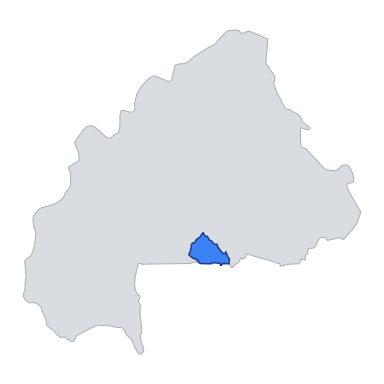 Burkina Faso, with Nahouri highlighted
{"feature_id": "BFA-2830", "entity_name": "Nahouri", "entity_type": "Province", "adm_level": 1, "iso_a3": "BFA", "parent_name": "Burkina Faso", "parent_adm1": "", "projection": "equal_earth", "projection_center": [-1.167, 11.251], "detail": "fine", "context": "in_parent", "style": "filled", "palette": "blue", "viewbox_px": 384, "rotation_deg": 0, "n_neighbors": 0, "source": "natural_earth", "source_scale": "10m", "svg_char_len": 4186}
<svg xmlns="http://www.w3.org/2000/svg" viewBox="0 0 384 384"><path d="M297.6,263.8L286.6,264.4L282.6,266.0L280.2,266.0L280.1,264.7L279.8,263.9L265.9,259.4L256.2,256.8L246.3,253.8L245.8,256.6L244.4,258.3L242.2,258.5L240.8,258.0L239.8,260.2L238.1,263.0L235.9,264.3L233.6,266.1L232.4,267.6L231.4,267.6L229.2,264.0L226.2,263.7L220.6,264.3L218.1,263.3L214.6,262.8L206.5,263.6L193.5,262.1L191.4,262.9L190.8,263.5L178.0,263.7L163.8,263.9L152.0,264.0L141.6,264.2L141.6,263.6L138.3,263.5L137.9,264.7L134.9,279.0L134.6,286.8L136.1,291.7L137.9,294.8L139.9,296.0L140.0,297.8L138.5,300.0L138.6,302.4L140.4,304.7L140.9,307.2L139.9,309.9L140.2,316.2L141.5,326.1L141.6,332.6L140.2,335.6L140.9,340.6L143.4,347.8L143.8,350.8L142.9,352.2L140.8,354.1L138.7,354.0L136.2,349.7L135.1,347.8L133.1,343.4L131.3,339.0L129.0,337.0L126.7,335.2L124.0,329.6L121.3,327.0L118.5,327.7L114.3,326.7L106.0,325.3L97.0,325.7L93.3,327.0L89.6,329.0L80.3,333.5L76.6,335.7L73.8,341.4L70.7,341.2L67.5,339.4L65.5,336.9L61.3,337.4L57.2,335.0L53.2,330.1L50.3,328.5L46.6,325.0L45.6,318.3L43.2,313.6L41.1,307.0L37.9,304.1L34.2,302.5L29.0,302.9L25.7,300.2L23.0,296.4L23.8,293.1L25.0,288.4L25.1,283.9L26.0,276.5L25.5,267.4L24.6,261.0L27.5,258.3L30.8,255.9L32.8,251.6L35.0,241.8L35.9,233.4L35.3,230.3L34.2,227.8L33.4,224.1L32.9,219.7L33.5,215.8L36.0,212.3L39.1,209.3L41.3,207.8L47.2,206.3L54.5,204.1L58.7,201.6L61.8,199.1L63.5,197.1L65.3,193.0L68.1,189.8L70.3,186.6L70.6,177.7L70.6,172.6L69.0,169.8L68.2,167.4L79.0,160.4L79.1,155.5L77.6,150.0L75.5,145.6L74.7,141.8L77.7,137.3L80.4,134.0L82.4,131.1L86.6,126.7L91.0,125.6L95.0,127.2L106.8,137.5L108.8,138.2L111.3,137.4L114.4,134.7L118.5,132.6L120.0,125.7L119.9,115.6L120.8,111.0L122.9,110.1L129.7,112.1L131.5,112.2L133.5,111.5L134.9,109.7L134.8,106.5L134.5,103.6L136.8,94.2L140.8,87.2L149.0,78.4L151.6,76.7L154.5,75.8L169.1,81.8L171.5,80.3L175.1,65.3L179.0,63.9L183.8,63.7L186.9,62.4L188.5,61.3L195.4,55.7L207.7,47.9L214.3,44.6L215.6,43.4L220.3,37.9L226.5,31.6L230.5,30.4L236.0,29.9L239.5,30.9L240.4,32.7L241.6,33.6L248.8,31.0L259.1,35.2L268.0,39.4L267.4,42.0L267.4,46.7L266.6,54.1L265.8,63.0L269.5,68.8L273.9,75.0L275.1,77.4L273.9,83.5L274.7,87.1L277.1,93.0L281.1,100.6L285.2,108.4L288.0,109.4L290.7,110.0L292.3,111.4L294.7,112.8L297.1,113.7L299.2,115.4L300.5,117.0L302.2,121.8L306.8,125.0L310.0,128.2L308.7,129.8L304.7,129.1L301.0,127.7L300.5,130.1L300.4,138.9L301.0,146.2L301.9,147.2L305.6,148.6L314.7,158.1L322.9,167.2L325.7,169.5L330.2,170.4L335.2,170.8L337.4,170.0L342.3,165.4L344.9,164.9L347.3,165.0L348.6,165.7L351.0,169.5L353.2,175.1L353.9,179.2L353.7,181.5L352.9,182.3L348.9,183.4L347.2,184.2L346.7,185.4L347.4,188.2L348.2,190.0L352.6,198.1L359.0,209.1L361.0,211.9L359.9,215.1L356.7,223.7L354.3,227.2L343.6,239.4L338.4,237.9L327.4,240.4L325.7,237.6L323.2,237.2L320.0,237.7L318.8,238.8L318.5,240.0L317.4,241.6L315.4,246.4L313.8,247.7L311.8,248.4L309.4,248.3L308.0,248.9L308.0,251.3L307.6,253.4L306.0,254.4L305.3,256.7L305.5,259.0L304.5,260.1L302.4,259.5L301.2,258.9L300.1,261.8L298.6,263.8L297.6,263.8Z" fill="#d9dde1" stroke="#a8b0b8" stroke-width="1"/><path d="M211.8,263.7L206.7,263.7L201.2,263.6L200.2,263.3L198.8,262.6L198.8,261.8L198.3,260.7L197.4,260.9L196.7,260.4L196.6,259.5L196.4,258.9L194.8,259.0L192.9,258.1L192.3,257.7L191.8,257.4L191.1,256.8L190.2,255.9L189.2,255.3L188.9,254.2L189.6,252.7L190.2,251.7L190.4,250.2L190.8,248.7L191.3,247.8L191.3,245.5L191.3,244.9L192.2,243.3L192.9,242.9L193.6,243.1L194.5,242.6L196.4,239.7L197.5,238.6L198.5,238.1L199.4,237.5L200.1,236.9L200.6,236.1L201.4,234.8L203.0,232.7L203.5,233.0L204.3,234.5L204.7,236.0L205.9,236.4L207.3,236.3L208.2,237.8L208.9,239.5L209.7,240.2L211.1,240.6L212.1,241.5L213.6,243.8L214.6,244.5L215.8,244.0L217.1,244.4L217.6,245.6L217.6,247.2L218.2,247.6L219.1,248.4L219.8,250.0L220.5,250.6L221.6,252.2L224.2,253.8L225.3,253.2L225.9,252.1L226.4,253.5L227.4,255.6L227.9,257.0L228.6,258.0L229.4,258.9L229.6,260.0L229.4,260.9L229.0,261.9L229.1,263.7L224.2,263.6L224.0,263.2L223.8,263.1L223.5,263.2L223.3,263.6L222.4,263.8L221.4,265.2L220.7,265.3L221.0,264.6L220.5,264.6L220.3,264.4L220.0,263.6L219.7,263.3L219.3,263.2L213.4,262.6L212.2,262.9L211.8,263.7Z" fill="#3b82f6" stroke="#1e3a8a" stroke-width="1.5"/></svg>